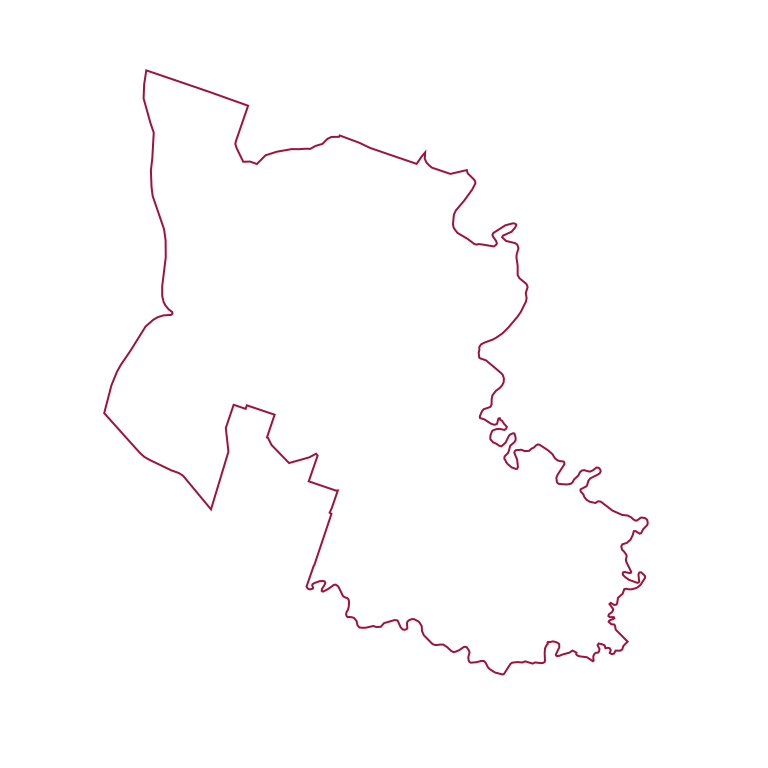 the district of Banyule, Victoria, Australia, rotated 281°
{"feature_id": "25037944B35750934340746", "entity_name": "Banyule", "entity_type": "district", "adm_level": 2, "iso_a3": "AUS", "parent_name": "Australia", "parent_adm1": "Victoria", "projection": "albers", "projection_center": [145.061, -37.734], "detail": "fine", "context": "isolated", "style": "outline", "palette": "rose", "viewbox_px": 768, "rotation_deg": 281, "n_neighbors": 0, "source": "geoboundaries", "source_scale": "gbopen_adm2", "svg_char_len": 6163}
<svg xmlns="http://www.w3.org/2000/svg" viewBox="0 0 768 768"><g transform="rotate(281 384 384)"><path d="M609.8,424.5L602.9,409.1L605.5,389.9L607.1,386.7L609.6,383.3L613.0,381.0L619.2,380.2L614.3,377.5L606.3,374.0L613.1,325.2L616.1,313.7L619.5,293.1L618.0,292.6L616.5,285.2L613.6,281.5L607.9,277.7L604.6,271.3L600.6,266.6L600.4,263.9L598.1,254.9L597.0,248.6L591.5,234.3L585.9,224.1L575.7,217.2L576.8,210.2L575.3,203.4L587.6,194.2L591.4,192.2L594.2,192.3L631.2,197.5L637.5,156.2L646.5,90.8L632.4,91.4L618.5,93.5L595.5,105.0L586.8,110.0L561.3,113.5L549.4,114.4L533.4,118.1L524.5,121.0L493.9,138.6L483.4,142.2L466.6,145.6L437.8,147.6L428.0,149.5L422.5,152.0L419.4,154.4L416.1,158.5L414.2,162.4L412.7,162.9L411.2,161.8L409.3,154.5L406.6,149.4L403.2,145.4L395.0,139.0L368.6,128.9L352.8,122.1L345.4,119.6L330.8,116.7L302.0,114.9L273.7,152.3L269.5,158.0L266.7,162.7L264.9,167.9L258.6,191.9L257.5,199.4L255.6,204.3L227.9,238.1L287.9,244.2L310.6,237.1L334.9,240.4L333.2,252.9L336.9,253.4L333.0,282.5L309.2,279.3L309.1,280.3L302.7,285.2L288.3,305.9L297.7,324.6L302.6,330.6L301.1,332.5L274.1,328.7L270.2,357.1L270.7,359.0L252.2,356.4L247.3,355.2L246.5,357.2L192.6,350.1L192.2,349.7L170.3,346.6L168.6,348.4L168.2,350.5L169.6,353.2L170.6,353.2L172.7,351.9L173.8,352.0L175.3,353.6L178.0,358.1L179.0,361.6L178.9,363.3L178.0,364.2L176.2,364.2L170.9,362.2L169.0,362.3L168.7,362.7L168.6,363.8L172.3,368.5L177.0,372.9L177.7,374.1L177.8,375.1L176.6,377.6L175.6,378.5L168.0,384.2L167.0,386.8L166.8,388.9L165.7,390.3L163.7,391.3L158.3,391.9L155.6,391.7L152.9,390.7L150.6,390.8L149.3,391.4L148.2,392.7L148.8,395.0L148.9,397.6L148.5,399.4L146.1,402.3L142.3,403.9L140.3,406.3L140.7,410.1L141.3,412.6L144.4,419.7L144.0,422.7L145.0,427.1L149.3,429.7L154.4,439.7L154.4,442.5L148.3,446.8L146.6,449.3L146.7,451.4L147.7,453.0L148.7,453.5L153.5,452.2L155.3,452.4L156.8,453.6L158.5,456.1L158.9,458.4L157.6,462.8L156.7,464.3L153.5,467.2L148.9,468.4L145.0,471.0L138.0,481.2L137.6,483.1L137.7,485.2L139.0,489.0L139.5,492.1L137.6,496.5L134.7,501.0L134.1,503.4L134.7,505.0L136.9,508.4L141.1,512.6L141.5,513.4L141.5,515.3L138.9,518.0L136.9,519.2L132.0,518.9L129.1,519.7L127.3,521.1L127.0,522.4L128.4,527.4L130.8,532.6L131.1,535.0L129.8,536.9L125.6,540.2L124.2,542.3L122.0,548.0L121.5,555.5L121.8,556.6L122.5,557.2L133.3,561.5L134.9,563.0L136.5,568.0L137.0,572.9L138.7,575.6L137.9,583.2L139.5,585.4L140.0,591.7L140.6,593.4L141.7,594.7L143.2,594.8L150.3,593.1L155.2,592.5L158.7,593.4L160.1,594.4L161.3,593.8L162.2,594.4L162.2,595.9L163.5,598.7L163.6,600.4L163.2,603.3L162.2,605.6L158.8,606.3L151.2,604.3L150.3,604.8L149.9,605.9L150.8,608.3L152.5,610.8L155.7,617.3L158.3,619.9L157.0,624.2L155.4,624.2L154.4,625.5L154.0,628.1L154.5,635.4L151.7,642.0L152.4,642.5L156.6,641.4L158.9,641.9L160.5,643.1L161.2,645.4L162.5,646.1L165.0,646.1L168.3,643.5L170.2,644.3L170.2,647.5L169.5,650.5L166.9,651.8L167.8,654.3L167.7,655.9L165.9,657.4L163.1,656.9L162.4,658.7L162.5,659.8L163.4,661.3L166.5,662.2L167.3,666.8L168.9,668.5L172.4,668.9L177.6,672.3L187.1,658.3L190.5,657.0L191.8,656.0L191.6,652.9L193.4,649.9L194.9,650.4L197.1,653.9L198.1,654.8L199.0,654.1L198.2,650.1L199.1,648.5L200.7,648.7L203.6,651.3L206.0,652.2L207.1,651.6L211.0,647.3L212.4,648.3L211.0,652.3L212.0,654.4L213.8,654.7L218.8,654.5L223.7,658.3L228.5,659.0L229.3,661.1L229.1,663.3L229.8,666.5L231.9,670.6L233.0,671.9L235.7,674.1L243.4,677.2L245.2,676.9L246.4,675.4L248.2,672.3L247.9,671.0L246.9,670.3L245.1,670.2L238.6,672.3L237.3,671.2L237.2,670.2L238.5,661.9L240.4,657.7L242.1,655.1L243.8,654.4L245.0,654.9L245.4,656.4L245.2,661.1L246.0,662.5L246.8,662.5L255.6,655.8L257.7,654.9L261.1,655.1L262.6,654.5L265.4,651.5L266.7,649.4L269.7,647.9L272.1,648.5L274.3,652.6L278.3,655.7L283.2,657.0L287.2,657.3L287.6,659.0L285.9,663.5L286.7,664.9L290.9,666.1L295.9,669.4L298.3,669.3L300.8,668.3L302.1,666.3L302.2,663.1L301.8,661.6L298.1,658.2L298.0,656.6L298.6,654.8L300.2,652.2L301.4,648.5L300.9,642.9L303.3,632.5L309.9,619.2L309.8,616.7L307.5,614.1L307.7,608.3L309.1,604.7L311.3,602.2L313.6,600.8L316.1,597.6L316.7,597.2L318.1,597.1L322.2,602.2L323.5,602.7L328.1,603.1L330.7,604.5L335.9,611.2L337.7,612.9L339.5,613.3L340.9,612.9L342.3,611.4L342.7,610.4L342.6,608.5L339.1,605.5L337.4,603.0L337.2,601.8L337.6,597.0L336.9,594.8L334.8,593.2L331.2,592.2L326.6,588.8L323.6,587.9L321.7,586.4L320.2,582.5L319.3,574.6L319.9,573.3L320.8,572.4L324.8,571.1L328.0,571.7L339.7,576.4L341.7,575.8L342.2,575.0L341.9,572.4L342.1,569.1L342.9,567.4L343.8,565.9L347.3,562.7L350.3,557.5L354.0,548.5L354.1,546.7L352.8,545.0L350.4,543.4L348.5,541.0L346.0,539.1L345.0,534.8L345.7,531.6L344.3,526.3L343.4,525.4L341.4,525.0L335.2,529.1L328.1,531.3L326.1,530.8L325.8,529.5L326.5,525.2L328.8,521.0L330.6,518.8L332.0,518.0L333.5,516.4L335.9,516.2L340.3,519.1L347.5,519.7L351.9,523.2L354.2,523.9L356.8,523.3L360.3,521.5L360.3,520.1L358.3,517.3L356.9,516.5L349.6,514.5L345.2,511.1L345.4,508.9L346.8,505.7L347.6,502.1L350.1,498.9L353.6,498.3L358.0,499.0L359.1,499.6L361.1,502.8L362.0,506.1L361.9,511.1L363.4,512.4L365.5,512.7L367.8,509.5L370.5,506.8L371.0,504.9L372.5,504.2L372.0,503.0L371.1,502.8L366.6,502.6L365.3,500.9L365.0,499.5L365.5,496.4L368.4,489.3L368.9,484.8L370.5,484.2L375.6,485.3L378.2,486.6L381.8,492.8L384.5,493.5L389.5,492.6L393.6,492.6L398.6,495.1L402.2,498.4L405.1,500.2L408.6,501.1L412.2,500.7L415.6,498.8L417.1,496.8L424.3,483.9L426.7,479.6L427.5,473.8L428.1,472.4L432.7,471.0L435.6,471.1L438.5,470.5L441.3,471.6L443.9,474.8L448.1,481.9L450.5,484.9L456.3,490.6L463.5,495.5L475.0,501.9L480.7,504.5L492.0,507.6L495.6,507.6L500.2,505.8L506.6,506.5L509.3,504.8L513.7,496.7L516.5,494.4L525.7,492.6L533.7,489.8L536.8,489.5L542.8,490.1L545.2,488.9L546.3,488.0L547.3,486.0L547.7,476.6L550.6,471.9L552.3,472.4L557.8,480.2L562.6,482.9L564.7,483.5L565.5,483.5L566.2,482.7L566.5,480.8L566.1,479.4L562.9,472.8L553.1,462.5L551.1,462.0L549.9,462.5L545.7,466.8L543.5,468.0L541.9,467.4L540.0,465.6L539.7,453.7L539.4,450.0L538.5,448.5L538.5,447.4L538.8,445.6L542.4,438.4L546.4,427.1L550.6,422.6L554.1,421.2L563.3,420.3L565.9,420.8L568.4,421.6L578.9,427.5L591.5,433.4L598.3,435.4L600.4,434.8L601.7,433.6L606.8,425.9L609.8,424.5Z" fill="none" stroke="#9f1239" stroke-width="2"/></g></svg>